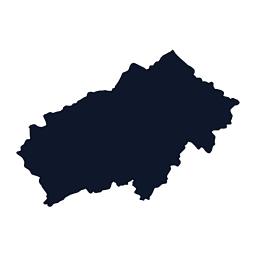 Thong Nong, Cao Bằng, Vietnam (Robinson projection), rotated 269°
{"feature_id": "81297802B64889817574793", "entity_name": "Thong Nong", "entity_type": "district", "adm_level": 2, "iso_a3": "VNM", "parent_name": "Vietnam", "parent_adm1": "Cao Bằng", "projection": "robinson", "projection_center": [105.937, 22.818], "detail": "fine", "context": "isolated", "style": "filled", "palette": "ink", "viewbox_px": 256, "rotation_deg": 269, "n_neighbors": 0, "source": "geoboundaries", "source_scale": "gbopen_adm2", "svg_char_len": 5737}
<svg xmlns="http://www.w3.org/2000/svg" viewBox="0 0 256 256"><g transform="rotate(269 128 128)"><path d="M55.9,142.3L56.8,142.7L57.7,144.2L57.7,144.9L57.2,145.9L56.5,147.1L56.5,147.5L56.8,147.8L58.3,147.6L59.5,148.2L61.0,149.6L64.0,151.3L67.4,152.7L68.1,153.4L68.5,154.2L68.5,156.1L68.8,156.9L69.8,158.4L71.2,159.9L72.2,161.7L72.4,164.3L72.7,165.1L73.2,165.3L73.7,165.5L74.6,165.2L75.0,165.0L75.7,165.1L76.3,166.2L76.9,166.1L78.2,165.5L79.3,165.4L80.6,166.0L85.2,169.0L86.4,169.5L86.9,169.6L88.6,169.0L89.1,169.0L89.9,169.4L90.5,170.3L90.6,173.8L90.3,175.0L89.3,176.9L89.4,177.2L91.5,179.0L92.4,179.4L93.7,179.3L96.5,177.3L96.8,177.4L97.5,178.3L98.1,178.8L98.5,179.0L99.0,179.0L100.0,178.6L100.8,178.5L101.4,178.8L102.0,179.2L106.6,184.0L107.3,184.3L108.1,184.2L108.8,183.6L109.5,183.6L109.8,183.7L111.2,185.9L111.8,186.4L113.9,187.2L114.5,187.2L114.7,187.4L114.7,187.6L114.3,187.9L113.9,188.5L113.2,190.9L112.9,191.7L112.5,192.2L111.4,193.2L108.8,195.8L106.6,197.4L106.0,198.1L106.0,198.5L107.8,200.2L108.1,201.0L108.0,201.6L107.5,203.0L106.9,203.5L104.0,205.5L102.8,206.8L102.3,207.6L102.0,208.5L102.2,209.2L102.7,209.8L104.6,210.9L107.8,211.7L109.0,212.4L110.1,214.0L110.5,214.2L111.3,213.9L112.4,213.7L114.1,213.8L116.8,214.5L117.6,214.5L118.3,214.3L120.2,212.5L122.1,211.0L122.9,211.0L123.9,211.7L124.5,212.7L124.9,214.0L124.8,218.0L125.0,218.7L126.4,220.3L126.6,221.3L126.4,223.4L126.7,225.5L127.2,226.1L127.7,226.2L129.1,225.8L129.7,225.9L130.1,226.2L130.5,226.7L130.5,230.3L130.6,230.7L131.0,230.9L131.9,230.7L132.9,230.2L133.6,230.2L135.7,231.4L137.7,231.8L138.3,232.2L139.9,231.2L142.6,230.1L143.5,229.9L145.2,230.3L149.2,234.7L149.4,235.2L149.5,235.9L149.5,236.9L149.9,237.8L150.6,238.8L151.3,239.3L151.8,239.2L153.7,237.6L154.3,235.9L155.5,233.5L155.4,232.7L154.6,231.7L154.4,231.0L156.4,228.7L156.9,226.3L157.3,225.1L157.6,223.8L157.7,223.5L158.2,223.2L158.7,223.1L160.0,223.6L160.9,223.9L161.9,223.8L163.2,222.3L164.0,220.0L164.6,218.0L164.8,216.2L164.8,215.4L165.1,215.0L167.9,213.5L168.7,213.4L170.8,213.6L171.3,213.4L172.1,212.3L171.8,211.4L171.4,210.9L171.1,210.2L171.1,208.8L171.9,207.6L172.6,205.8L172.7,204.8L172.5,204.3L172.1,203.5L172.2,203.3L173.0,202.8L175.1,202.0L175.6,201.7L176.2,201.0L176.4,200.2L176.3,197.2L176.6,196.8L178.3,195.6L179.4,194.2L179.9,193.8L180.5,193.7L180.9,193.8L181.9,194.6L182.9,195.0L184.8,194.8L186.2,193.4L188.0,191.1L188.8,189.4L189.4,188.4L191.8,185.9L196.2,181.1L198.8,178.4L201.3,176.2L204.6,174.1L204.1,173.4L203.0,172.2L202.1,170.0L201.0,168.2L199.5,164.9L197.3,162.5L195.9,161.9L194.2,160.7L193.4,160.0L193.2,157.6L192.7,156.9L192.0,156.3L190.2,155.2L189.6,155.2L189.5,154.5L189.3,153.5L189.5,151.7L189.4,151.4L188.8,151.2L187.3,150.7L186.5,150.5L186.0,150.6L186.0,150.4L186.0,149.1L185.8,148.4L185.4,147.6L185.4,147.2L185.7,146.5L186.5,145.9L187.4,144.8L188.1,143.4L192.0,135.8L192.3,134.9L192.3,134.4L191.9,133.3L190.6,132.1L189.5,131.5L186.4,130.4L185.3,129.6L184.5,128.5L183.2,125.6L182.9,124.4L182.4,123.8L180.1,122.9L177.1,121.4L173.7,119.4L170.9,117.4L170.0,116.6L167.8,115.9L167.6,115.4L167.2,113.7L166.7,113.5L165.6,113.3L165.2,112.9L164.8,112.1L164.6,110.9L165.1,107.2L165.5,106.2L165.5,105.5L165.1,102.8L165.2,100.5L164.4,96.6L163.6,94.9L163.6,94.4L163.6,93.7L164.1,92.1L164.1,91.1L163.8,89.4L163.1,88.7L160.3,87.8L159.6,87.2L159.2,86.4L158.7,84.8L157.7,83.0L156.3,81.0L155.5,79.0L155.1,78.4L153.6,77.5L153.0,77.0L152.9,76.3L153.0,75.5L152.7,73.8L151.5,72.9L150.7,71.9L150.5,71.0L150.6,68.0L150.9,66.7L150.5,65.8L150.0,65.0L149.2,64.1L147.6,63.8L147.2,63.6L146.5,62.2L145.6,61.6L144.7,56.6L143.5,53.4L144.5,50.9L144.5,49.9L143.0,47.1L142.6,46.2L142.4,44.9L141.9,44.4L141.4,44.2L140.5,44.5L136.8,46.2L134.2,47.0L132.9,47.1L132.1,46.9L131.6,46.5L131.1,45.8L129.7,42.0L129.8,41.2L130.3,38.5L130.8,37.3L132.6,34.9L132.7,34.2L132.6,33.4L132.2,31.8L131.8,30.7L130.6,29.6L130.4,30.0L129.1,30.4L121.9,30.4L120.7,30.7L119.0,30.7L118.4,30.5L118.0,30.1L117.8,29.0L117.8,27.4L117.6,26.6L116.8,25.9L115.3,25.1L113.8,24.5L112.8,23.8L112.0,22.3L111.1,21.2L110.6,20.9L110.0,20.9L109.1,21.2L107.8,21.2L107.5,21.1L106.8,20.6L106.4,20.1L105.7,17.1L105.3,16.7L105.0,16.7L104.5,17.1L101.7,21.0L99.9,22.8L96.6,24.4L94.1,24.4L92.5,24.1L91.5,24.3L91.0,24.6L88.9,27.8L88.0,29.0L86.5,30.1L84.7,30.8L83.9,31.5L83.4,32.6L82.1,36.8L81.1,38.8L80.8,39.5L80.2,39.8L78.5,39.4L78.0,38.9L76.5,38.7L75.5,38.9L74.5,39.3L73.4,40.1L72.2,41.2L71.5,41.5L71.1,41.4L64.5,46.0L63.5,46.5L62.6,46.5L62.0,46.5L61.3,45.8L60.8,45.8L59.8,46.6L59.4,46.7L58.5,46.4L57.2,45.4L54.7,42.8L54.4,42.8L53.9,43.4L53.8,44.5L54.0,46.9L53.9,47.4L53.7,47.6L52.6,46.9L52.2,46.9L51.7,47.2L51.4,48.3L51.4,49.2L51.6,49.8L52.4,50.5L53.7,51.5L54.1,52.1L54.6,53.8L54.8,55.5L55.3,56.8L56.7,58.7L57.0,59.4L57.4,60.7L57.9,61.8L59.7,63.3L60.7,64.5L61.4,66.1L63.0,69.1L63.4,70.6L64.2,72.9L64.7,75.2L65.7,77.5L67.0,79.3L67.5,80.2L68.1,83.0L68.9,84.3L68.9,84.7L68.5,85.3L68.0,85.8L64.8,88.1L63.8,89.5L64.1,90.2L64.6,90.9L65.8,91.9L66.1,92.4L66.1,92.6L65.9,92.9L64.7,93.6L64.5,93.9L64.3,95.0L64.6,96.9L64.8,97.6L64.8,98.7L65.1,99.5L65.6,100.1L66.6,100.7L66.9,101.6L67.2,104.0L67.6,106.4L67.9,107.6L68.3,108.4L69.6,109.1L71.6,109.7L73.3,110.1L75.7,112.4L73.7,115.3L73.2,115.9L71.7,116.2L71.0,116.7L70.4,117.4L70.2,117.8L70.3,118.0L71.5,119.6L71.5,120.0L71.2,121.1L71.2,121.7L71.8,122.9L72.1,124.0L71.9,125.8L71.9,126.2L72.0,126.4L73.9,126.2L74.4,126.9L75.3,129.0L76.0,130.3L77.5,131.4L77.5,131.6L75.4,133.8L75.0,133.9L74.8,133.8L73.7,132.3L73.1,132.2L72.1,132.4L70.9,132.0L70.2,133.1L68.6,134.9L67.6,135.8L66.9,135.9L66.3,135.8L64.7,134.5L63.7,133.8L63.2,134.2L62.2,136.2L61.5,138.4L60.7,139.3L59.9,139.8L59.0,140.0L58.0,139.9L57.1,139.2L56.6,139.1L56.4,140.3L56.3,141.6L55.9,142.3Z" fill="#0f172a" stroke="#020617" stroke-width="1.5"/></g></svg>